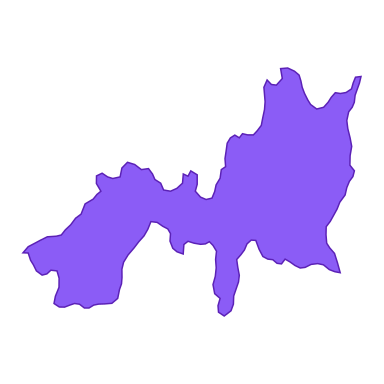 São Sebastião do Rio Preto, Minas Gerais, Brazil (Equal Earth projection)
{"feature_id": "56859067B92993268682714", "entity_name": "São Sebastião do Rio Preto", "entity_type": "district", "adm_level": 2, "iso_a3": "BRA", "parent_name": "Brazil", "parent_adm1": "Minas Gerais", "projection": "equal_earth", "projection_center": [-43.224, -19.295], "detail": "fine", "context": "isolated", "style": "filled", "palette": "violet", "viewbox_px": 384, "rotation_deg": 0, "n_neighbors": 0, "source": "geoboundaries", "source_scale": "gbopen_adm2", "svg_char_len": 2519}
<svg xmlns="http://www.w3.org/2000/svg" viewBox="0 0 384 384"><path d="M263.9,87.3L265.1,101.7L264.5,109.6L262.7,118.1L261.3,125.4L257.2,130.8L253.4,134.9L247.7,134.9L242.5,133.7L239.3,137.8L234.8,135.1L230.4,137.9L227.2,143.2L226.0,151.9L225.0,158.6L225.6,166.7L221.3,169.6L220.1,178.2L216.1,184.9L214.7,191.5L212.0,198.1L206.1,199.5L200.5,197.1L195.3,191.2L197.2,184.3L197.2,174.8L190.8,170.9L188.0,176.2L183.3,174.0L182.5,183.2L176.8,188.4L170.5,191.2L163.6,190.0L160.7,183.2L154.9,179.5L152.5,174.0L148.5,168.6L141.4,169.6L134.7,164.5L127.5,162.3L121.9,168.0L120.1,176.9L112.8,178.5L107.6,176.9L102.1,173.2L96.5,175.9L96.4,183.5L100.9,191.2L97.0,194.4L93.2,199.1L85.1,203.9L81.1,214.1L75.6,218.2L70.7,224.8L65.3,229.9L61.3,235.0L56.3,236.2L47.3,236.8L40.3,240.3L34.7,243.3L28.2,246.7L23.0,252.8L28.2,253.0L30.6,260.3L33.4,264.8L36.4,270.9L42.1,275.1L46.9,273.9L50.9,270.2L57.0,270.9L59.1,278.2L59.0,287.3L55.4,296.2L54.0,303.5L59.3,307.0L64.6,307.1L69.8,305.1L74.5,303.5L79.5,304.2L84.4,308.0L89.0,308.0L93.7,305.1L98.6,304.1L104.7,303.9L111.9,303.3L117.7,298.4L119.5,289.5L121.5,283.8L122.0,277.5L121.9,269.2L123.6,262.2L128.1,254.9L134.0,248.0L138.8,241.7L144.0,235.9L147.8,229.3L150.9,221.6L157.2,222.4L162.8,226.3L167.8,228.9L170.5,233.6L170.0,241.1L172.8,248.3L177.0,251.8L183.2,254.0L183.9,244.5L188.0,241.3L194.1,243.2L200.5,244.3L205.4,243.9L209.4,241.7L213.0,245.4L216.5,251.2L215.6,259.4L216.2,267.8L215.3,276.3L213.0,284.6L214.7,293.7L220.1,298.4L218.0,305.7L218.5,312.2L224.2,316.0L231.0,310.8L233.4,304.2L233.7,296.0L236.2,288.7L238.5,282.0L239.3,275.3L237.8,267.4L236.7,259.5L240.9,254.7L244.4,250.0L247.0,243.9L251.2,240.1L255.8,240.4L259.1,249.3L262.9,256.5L267.8,259.1L272.8,259.7L277.0,263.3L281.5,263.9L285.1,259.1L290.1,262.0L295.0,265.5L300.2,268.0L305.1,267.4L311.1,264.4L317.7,263.6L323.4,264.8L329.3,269.6L334.8,271.7L340.2,272.7L337.5,262.9L334.5,253.4L329.8,248.0L326.7,243.2L326.0,234.7L326.2,226.7L330.3,221.3L333.8,215.0L337.1,209.0L339.8,202.2L345.1,195.0L346.8,187.6L349.4,181.3L352.9,176.6L354.4,170.8L349.9,165.2L350.1,155.7L351.7,146.4L350.1,137.9L347.8,128.6L346.8,120.5L348.7,111.8L352.2,107.3L354.3,102.3L355.1,95.3L357.0,89.9L359.4,83.2L361.0,76.5L355.5,77.2L353.2,82.9L351.5,88.9L346.1,92.5L340.4,93.5L335.3,92.7L331.2,97.4L328.1,102.3L323.6,107.3L316.7,109.0L310.6,104.5L307.8,100.0L304.5,93.4L302.2,87.3L300.9,81.0L299.1,75.1L294.5,71.2L287.7,68.0L280.6,68.6L282.3,78.5L276.4,85.1L271.4,84.5L267.1,80.0L263.9,87.3Z" fill="#8b5cf6" stroke="#5b21b6" stroke-width="1.5"/></svg>